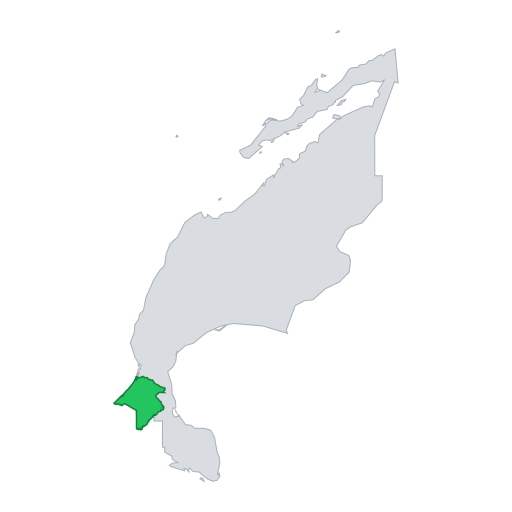 Chiapas on a map of Mexico (Mercator projection), rotated 90°
{"feature_id": "MEX-2735", "entity_name": "Chiapas", "entity_type": "State", "adm_level": 1, "iso_a3": "MEX", "parent_name": "Mexico", "parent_adm1": "", "projection": "mercator", "projection_center": [-92.17, 16.27], "detail": "fine", "context": "in_parent", "style": "filled", "palette": "green", "viewbox_px": 512, "rotation_deg": 90, "n_neighbors": 0, "source": "natural_earth", "source_scale": "10m", "svg_char_len": 8788}
<svg xmlns="http://www.w3.org/2000/svg" viewBox="0 0 512 512"><g transform="rotate(90 256 256)"><path d="M48.8,117.0L83.1,113.9L81.5,117.4L135.5,137.3L175.8,137.2L175.8,129.7L200.9,129.9L205.2,135.2L222.7,149.6L226.9,161.6L230.1,166.2L246.4,175.6L251.6,172.1L255.5,163.3L260.5,161.4L272.3,162.9L282.0,172.6L288.6,186.5L299.8,199.1L300.5,207.0L305.5,216.7L330.1,225.8L333.4,224.4L326.0,249.1L323.5,278.3L324.6,284.5L331.0,292.8L329.7,297.3L330.0,292.8L324.8,285.7L326.4,292.2L332.8,305.8L343.2,318.6L345.6,326.6L352.9,334.7L350.9,334.5L355.0,336.4L353.7,335.3L361.4,336.3L366.9,339.1L371.7,344.3L384.6,340.3L394.1,339.8L400.4,336.7L407.1,336.1L408.4,337.2L407.9,338.9L413.3,339.9L417.0,337.4L416.1,333.3L414.3,334.3L414.7,333.4L424.7,326.5L425.3,320.8L428.2,317.5L428.3,308.2L430.2,301.3L437.8,297.3L451.2,295.1L457.0,292.8L463.6,292.2L474.3,294.6L475.2,293.1L472.4,293.0L476.1,292.0L480.4,295.0L481.2,299.2L479.0,304.7L471.9,313.2L471.6,318.8L468.1,322.2L468.7,323.4L471.9,323.0L468.5,326.5L468.6,327.9L470.8,327.4L466.5,341.4L465.3,342.7L463.1,339.5L462.6,334.3L459.5,339.7L456.2,340.1L452.2,347.3L447.5,347.2L447.1,349.6L421.1,349.5L421.0,358.0L415.1,357.9L429.2,370.8L428.8,375.5L410.5,375.5L403.8,387.3L405.6,390.3L403.4,398.1L390.1,384.7L379.4,375.8L372.9,372.4L372.1,373.2L378.2,376.3L368.8,373.6L369.4,371.4L367.0,372.3L365.4,370.4L363.7,372.5L366.8,373.5L362.1,374.0L357.4,377.0L342.5,381.7L332.9,377.9L324.7,377.1L319.3,373.5L313.8,372.1L310.4,368.6L297.2,365.9L280.7,358.7L270.0,352.0L265.4,347.4L254.3,345.9L243.8,341.9L237.0,334.4L222.4,327.1L214.7,317.0L212.0,310.8L217.9,307.9L216.9,305.2L214.3,304.4L218.2,299.6L218.6,294.0L215.4,292.0L212.3,286.3L212.4,281.1L210.3,276.5L201.6,267.7L194.0,257.1L182.2,247.8L185.6,249.6L185.8,247.6L179.5,245.6L174.8,238.3L178.1,238.5L168.9,233.5L167.6,231.1L164.2,232.0L163.6,230.9L166.2,228.0L161.8,230.2L159.1,228.1L158.5,223.3L161.7,218.9L162.9,219.8L160.7,215.3L157.7,212.5L153.8,212.6L151.1,206.6L146.4,205.3L143.5,202.7L141.6,197.4L142.8,194.0L134.4,192.3L119.6,175.3L118.7,171.2L116.5,169.9L106.8,148.5L105.9,141.9L107.0,139.7L98.7,137.0L96.8,133.4L94.1,132.2L91.3,134.3L80.1,127.7L82.1,131.9L80.8,140.1L83.4,146.6L85.5,158.9L96.9,169.6L100.5,176.8L102.2,176.5L103.1,178.6L104.7,178.9L106.3,183.5L109.5,185.0L111.4,194.6L117.2,199.5L119.1,204.9L121.8,206.6L123.8,213.0L126.1,214.6L124.8,209.8L128.0,212.5L132.0,227.1L135.6,231.3L140.6,241.6L139.9,246.0L141.0,249.9L145.1,253.6L146.6,249.8L158.6,263.3L157.5,268.3L152.9,271.9L150.3,272.4L145.2,261.4L126.4,246.5L124.7,246.7L120.8,242.1L120.0,238.9L121.1,231.9L119.4,225.2L116.5,220.4L107.3,214.5L105.4,208.7L103.7,211.2L99.1,212.3L95.6,208.4L87.0,204.4L85.7,201.0L79.2,196.1L78.6,194.4L85.3,195.3L89.1,193.9L89.1,195.4L92.4,197.0L91.1,193.1L89.6,192.9L92.7,184.9L80.0,169.9L69.5,163.2L67.6,159.9L67.5,154.2L65.0,152.4L64.0,146.0L60.7,143.2L60.2,139.3L55.5,133.3L54.6,130.5L56.1,128.5L52.8,126.1L48.8,117.0ZM119.0,175.5L117.9,179.4L114.5,178.1L115.8,172.3L117.8,171.7L119.0,175.5ZM105.4,174.8L100.6,170.6L99.3,166.2L101.7,167.7L102.3,170.1L104.7,170.7L105.4,174.8ZM478.8,312.1L477.6,310.9L478.2,309.2L481.3,307.9L478.8,312.1ZM121.1,246.7L117.6,242.9L119.6,235.1L119.1,242.1L121.1,246.7ZM76.7,190.7L74.1,190.1L75.8,185.9L77.0,189.0L76.7,190.7ZM33.0,176.5L30.7,173.8L31.2,172.5L32.0,172.6L33.0,176.5ZM123.9,246.8L126.0,249.8L121.7,246.9L123.9,246.8ZM200.2,292.1L199.8,293.4L198.7,292.9L198.2,290.8L200.2,292.1ZM141.9,238.9L142.7,241.3L140.4,238.3L141.9,238.9ZM133.5,223.1L134.8,224.2L132.9,226.4L133.5,223.1ZM137.3,335.7L136.5,336.0L135.2,335.1L136.3,333.8L137.3,335.7ZM411.6,336.1L409.3,336.7L413.3,335.4L411.6,336.1ZM153.3,252.3L152.1,252.1L151.9,249.8L153.3,252.3Z" fill="#d9dde1" stroke="#a8b0b8" stroke-width="1"/><path d="M414.8,357.9L414.7,357.9L414.6,358.2L415.0,358.3L415.4,358.4L415.6,358.5L415.7,358.9L416.0,358.9L416.4,358.9L416.8,358.9L417.0,359.0L417.1,359.3L417.2,359.5L417.2,359.8L417.3,359.9L417.5,359.9L417.7,360.0L417.8,360.4L417.9,360.5L418.0,360.8L418.5,361.3L419.0,361.3L419.2,361.5L419.3,361.7L419.3,361.9L419.8,362.5L420.0,362.9L420.2,363.1L420.7,363.3L420.8,363.4L421.0,363.6L421.2,363.4L421.1,363.2L421.4,363.2L421.6,363.2L421.6,363.3L421.4,363.6L421.7,363.7L422.1,364.2L422.4,364.3L423.3,364.6L423.5,364.6L423.8,364.6L423.8,364.9L424.0,365.1L424.5,365.3L424.7,365.5L425.7,366.9L425.9,367.4L425.7,367.8L425.8,367.8L426.0,367.7L426.2,367.8L426.1,368.0L426.0,368.3L426.1,368.5L426.1,368.8L426.3,368.8L426.5,368.9L426.5,369.0L426.4,369.2L426.2,369.3L426.3,369.4L426.6,369.4L426.8,369.4L426.9,369.5L426.9,369.4L427.3,369.3L427.5,369.6L427.6,369.8L427.9,369.6L428.1,369.6L428.3,369.8L428.4,370.0L428.9,370.2L429.0,370.3L429.4,370.4L429.5,370.3L429.6,370.6L429.6,370.8L429.8,371.1L429.6,371.1L429.4,371.1L429.2,371.1L429.2,371.3L429.3,371.3L429.3,371.2L429.5,371.4L429.4,371.7L429.2,371.9L428.9,372.0L429.0,372.1L429.3,372.2L429.3,372.3L429.2,372.3L428.9,372.3L429.0,372.4L429.0,372.6L428.9,372.6L428.6,372.7L428.7,372.9L428.8,373.0L429.0,373.1L428.8,373.2L428.7,373.3L428.6,373.5L428.6,373.8L429.0,374.0L428.8,374.3L429.0,374.6L428.6,374.8L428.7,375.1L428.8,375.1L429.0,375.0L428.9,375.3L428.5,375.5L428.3,375.5L427.0,375.5L421.1,375.5L419.1,375.5L417.2,375.5L413.2,375.6L410.6,375.6L410.4,375.7L410.2,375.9L409.9,376.5L409.6,376.9L409.0,378.1L408.0,379.8L406.8,381.8L405.7,383.7L403.8,387.1L403.7,387.3L403.7,387.6L403.8,387.9L405.6,390.3L405.4,390.9L405.2,391.1L404.9,391.2L404.7,391.2L404.5,391.4L404.5,391.9L404.5,392.8L404.3,393.3L404.0,393.6L404.0,393.8L404.0,394.1L404.1,394.6L404.1,394.9L404.1,395.0L404.4,395.7L404.4,396.0L404.1,396.8L403.7,397.7L403.5,398.0L403.2,398.0L402.3,397.0L401.3,396.0L399.5,394.2L396.7,391.4L395.0,389.4L394.7,389.0L394.7,388.7L395.0,388.8L395.6,389.0L395.7,389.4L395.8,389.7L396.0,389.9L396.2,390.0L396.0,389.7L395.9,389.1L395.8,388.8L395.6,388.7L395.3,388.6L395.0,388.5L394.7,388.6L394.7,388.3L394.6,388.6L394.4,388.5L393.6,387.9L393.0,387.6L392.7,387.4L392.5,387.0L391.3,386.2L390.0,384.7L389.8,384.3L389.6,384.1L389.2,383.9L385.8,381.0L385.5,380.9L383.1,379.0L381.6,378.0L379.0,376.4L379.5,376.4L379.8,376.5L380.0,376.5L380.1,376.4L380.3,376.2L380.0,375.9L379.9,375.5L379.7,375.3L379.3,375.1L377.6,374.7L377.2,374.5L377.0,374.4L377.1,374.2L377.4,373.8L377.5,373.6L377.6,373.4L377.6,373.1L377.7,372.8L377.7,372.5L377.6,372.1L377.5,371.6L377.3,371.1L377.1,370.7L376.8,370.2L376.7,369.9L376.6,369.6L376.4,369.0L376.7,368.4L377.2,367.8L377.5,367.3L377.7,367.0L377.7,366.7L377.7,366.4L377.7,366.1L377.7,365.8L377.6,365.4L377.6,365.0L377.6,364.7L377.8,364.5L378.1,364.3L378.4,364.2L378.7,364.0L379.5,363.5L379.5,363.3L379.6,363.0L379.5,362.5L379.5,362.1L379.6,361.7L380.1,361.5L380.1,361.4L380.1,361.2L380.1,360.7L380.1,360.3L380.1,359.9L380.0,359.5L380.2,359.4L380.4,359.3L380.7,359.1L382.8,357.6L383.1,357.5L383.4,357.3L383.6,357.0L383.8,356.7L384.1,356.1L384.4,355.3L384.6,354.8L384.8,354.4L385.0,354.0L385.0,353.8L385.2,353.6L385.3,353.5L385.5,353.3L385.6,353.2L385.8,352.9L385.9,352.7L386.1,352.5L386.4,352.4L386.6,352.2L386.7,351.7L386.8,351.4L386.9,351.2L387.1,350.3L387.4,349.4L387.6,348.5L388.0,347.7L388.0,347.3L388.3,347.2L388.6,346.9L388.8,346.9L389.2,347.0L389.7,347.1L389.8,347.2L390.1,347.4L390.4,347.5L390.7,348.0L391.2,348.3L391.7,348.4L392.0,348.1L392.3,348.1L392.5,347.8L392.5,348.1L392.5,348.5L392.6,348.8L392.6,349.1L392.6,349.4L392.6,349.6L392.5,349.9L392.5,350.1L392.4,350.3L392.3,350.6L392.3,351.2L392.4,351.8L392.6,352.4L392.6,353.0L392.6,353.4L392.7,353.6L392.9,353.8L393.3,353.8L393.7,353.9L394.0,354.2L394.1,354.6L394.4,355.0L394.5,355.3L394.7,355.5L394.9,355.7L395.1,355.9L395.5,356.1L395.9,356.3L396.4,356.3L396.8,356.0L396.9,355.9L397.0,355.9L397.7,355.2L397.9,355.0L398.3,354.6L399.7,353.4L399.9,353.2L400.2,352.9L400.4,352.7L400.8,352.6L401.2,352.4L401.4,352.2L401.3,351.8L401.5,351.3L401.8,351.1L402.3,350.9L402.8,350.8L403.3,350.7L403.6,350.6L404.0,350.4L404.3,350.2L404.6,350.0L405.0,350.0L405.6,350.0L405.8,349.7L405.6,349.3L406.0,348.9L406.3,348.5L406.8,348.2L407.1,348.2L407.4,348.3L407.4,348.8L407.5,349.0L407.6,348.8L407.7,348.7L407.8,348.6L408.1,348.4L408.3,348.5L408.7,348.7L409.0,348.5L409.3,348.5L409.6,348.7L409.8,349.1L409.8,349.5L409.9,350.2L409.8,350.3L409.7,350.6L409.6,350.8L409.8,351.0L410.1,351.0L410.4,351.0L410.7,351.0L411.0,351.1L411.3,351.5L411.4,352.0L411.6,352.5L411.7,353.0L411.7,353.4L411.7,353.5L411.8,353.9L412.0,354.1L412.3,354.2L412.5,354.3L413.0,354.4L413.3,354.5L413.6,354.7L413.8,354.8L413.9,355.1L413.9,355.6L414.1,355.9L414.3,355.9L414.5,355.9L414.8,355.9L414.9,356.0L415.0,356.1L415.4,356.7L415.4,356.8L415.4,357.0L415.2,357.0L414.8,357.1L414.7,357.4L414.7,357.7L414.7,357.9L414.8,357.9ZM376.9,375.1L377.0,375.2L377.4,375.5L377.8,376.0L378.4,376.3L378.6,376.4L378.7,376.6L376.6,375.7L376.9,375.1Z" fill="#22c55e" stroke="#15803d" stroke-width="1.5"/></g></svg>